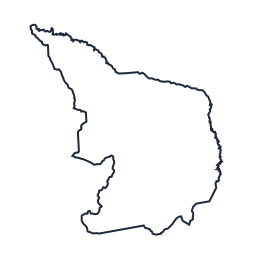 Santa Clara, Pastaza, Ecuador (Mercator projection), rotated 267°
{"feature_id": "8360857B98127475553098", "entity_name": "Santa Clara", "entity_type": "district", "adm_level": 2, "iso_a3": "ECU", "parent_name": "Ecuador", "parent_adm1": "Pastaza", "projection": "mercator", "projection_center": [-77.834, -1.262], "detail": "fine", "context": "isolated", "style": "outline", "palette": "slate", "viewbox_px": 256, "rotation_deg": 267, "n_neighbors": 0, "source": "geoboundaries", "source_scale": "gbopen_adm2", "svg_char_len": 5717}
<svg xmlns="http://www.w3.org/2000/svg" viewBox="0 0 256 256"><g transform="rotate(267 128 128)"><path d="M234.9,41.3L235.6,41.1L235.9,40.7L236.0,38.6L235.1,36.5L234.5,35.9L231.5,36.3L230.3,37.2L227.5,37.1L226.8,37.7L225.9,40.0L225.3,40.3L224.0,40.5L222.6,42.4L221.0,43.6L219.2,45.3L218.8,46.4L218.5,46.7L217.3,46.6L216.6,47.0L216.0,47.6L214.8,49.9L215.2,51.7L214.8,52.4L204.1,52.3L202.4,53.5L199.9,54.1L197.8,55.4L193.3,57.0L190.9,57.6L189.9,60.4L190.2,61.9L189.0,63.0L187.5,64.0L183.1,65.1L182.0,65.9L180.2,66.1L177.7,67.2L175.9,68.5L174.7,69.8L171.3,70.8L170.8,71.5L170.3,72.9L168.9,74.1L167.7,74.6L162.0,76.2L160.4,75.8L159.6,76.3L158.8,76.5L158.1,76.4L156.4,75.7L155.4,75.7L154.8,75.3L153.3,75.9L152.6,75.8L151.8,75.6L150.9,74.8L150.7,74.8L148.8,78.7L148.7,80.7L148.0,81.8L146.9,82.2L147.2,82.8L147.0,84.6L146.2,85.7L145.7,86.8L136.5,86.8L134.7,83.3L133.3,81.8L132.5,81.3L131.5,81.5L130.6,81.2L129.8,81.4L129.2,81.3L128.7,80.7L128.4,79.5L126.8,77.8L107.0,77.7L106.9,77.3L106.1,76.7L106.1,74.7L105.7,73.6L105.1,72.8L102.9,71.1L102.4,72.5L101.4,73.7L100.9,76.7L99.7,79.8L99.3,81.5L96.7,86.7L94.3,90.8L93.3,91.9L93.0,92.8L93.5,94.6L93.4,97.9L93.6,98.5L94.1,99.3L96.3,100.8L96.8,101.9L97.2,102.3L98.5,103.1L99.3,104.0L100.2,107.7L101.4,109.7L100.4,111.6L99.7,111.8L97.6,111.6L95.9,112.3L94.1,112.4L89.3,110.6L88.4,110.5L86.7,111.7L86.1,111.9L85.4,111.9L84.3,111.4L81.8,109.7L80.4,109.2L80.1,108.9L80.1,107.2L76.1,104.5L75.6,104.5L74.5,104.9L72.8,104.9L71.7,104.4L69.4,102.6L69.2,102.2L70.2,100.6L70.1,100.2L67.7,98.7L67.2,97.5L67.0,96.0L66.5,95.8L65.2,95.7L63.1,94.4L62.2,94.2L61.5,94.3L60.6,95.3L59.7,95.6L57.7,94.4L56.0,94.1L54.7,94.6L52.5,96.0L51.7,97.2L51.1,97.6L50.5,97.1L49.8,95.6L49.2,95.3L47.4,95.3L45.6,94.4L44.8,93.9L43.8,92.6L43.7,90.4L44.0,89.1L44.4,88.1L44.5,86.4L46.2,85.9L47.1,85.3L47.2,84.7L46.7,83.6L44.7,83.1L44.5,82.7L44.8,80.9L43.1,77.4L42.7,77.2L41.4,77.0L40.0,77.1L38.7,76.9L37.6,77.0L34.9,78.2L33.4,79.8L31.2,81.5L29.7,81.9L26.9,82.3L26.4,83.0L26.2,84.2L24.6,87.5L24.6,91.7L24.1,93.7L29.8,138.6L27.9,139.5L27.5,139.9L26.5,142.4L26.1,144.0L25.8,144.5L24.1,145.2L23.3,146.5L21.3,147.0L20.9,147.5L20.0,150.9L20.4,152.6L20.5,154.2L20.9,155.6L21.6,155.6L22.6,157.8L24.1,158.6L24.7,159.3L25.1,160.0L25.3,162.0L26.0,163.2L30.4,167.9L31.5,168.5L35.3,171.8L35.9,172.6L36.9,175.0L36.9,176.6L35.0,176.9L34.0,177.4L33.0,177.5L32.2,178.1L28.2,184.1L31.6,185.2L32.4,186.1L32.7,187.0L34.0,188.3L35.0,187.9L35.9,188.0L37.8,188.6L39.5,188.6L40.5,188.3L41.3,187.5L41.8,187.5L42.7,187.7L46.0,189.0L48.5,191.7L49.0,192.8L50.5,205.4L63.5,212.9L66.6,212.7L67.2,212.5L68.7,212.6L69.4,213.5L70.3,213.6L70.4,214.1L70.0,214.9L70.4,215.7L71.8,216.2L73.6,215.9L75.3,217.0L76.7,217.5L77.2,218.3L78.1,218.1L79.4,217.2L79.6,217.8L79.8,217.9L80.1,217.8L80.5,217.5L81.0,216.3L82.2,216.9L82.4,216.4L82.4,215.2L82.8,215.9L83.4,215.4L83.9,216.1L84.6,216.5L84.7,216.4L84.8,215.8L85.8,216.2L86.3,215.1L88.0,217.0L87.4,217.7L87.4,218.0L88.2,218.1L88.2,218.6L88.5,218.8L88.8,218.3L89.1,218.2L89.6,220.1L89.9,219.9L90.2,219.1L91.1,219.3L92.4,218.6L93.7,218.6L94.0,218.2L94.5,218.9L95.4,218.2L97.0,218.4L97.8,219.1L99.2,218.9L101.5,219.5L102.2,219.2L102.5,218.8L102.8,217.5L103.3,217.6L103.9,219.3L104.7,219.5L105.2,218.4L106.3,218.1L106.4,217.4L108.4,216.7L109.9,216.7L109.5,217.9L109.8,218.1L111.5,216.3L112.2,216.7L112.5,216.6L113.6,214.6L114.1,214.6L114.4,215.6L114.6,215.7L116.6,214.9L117.5,215.5L118.3,214.8L119.5,214.8L119.3,213.7L119.4,213.2L120.2,212.9L120.5,212.1L120.8,211.9L121.8,212.2L122.6,212.1L122.7,211.9L122.0,210.9L123.8,210.8L125.1,211.1L126.2,210.7L127.7,210.6L128.0,210.5L129.5,210.9L129.8,210.8L129.3,209.9L129.6,209.7L133.1,210.2L133.9,209.5L134.8,209.5L137.2,208.8L140.2,210.8L141.7,210.8L142.4,210.6L142.9,211.5L145.1,212.3L145.4,212.3L146.4,210.9L146.7,211.0L146.8,212.6L147.2,212.8L148.1,211.4L150.4,211.6L151.5,210.9L155.2,209.7L156.7,207.7L158.4,207.1L160.8,205.5L161.6,204.5L162.0,203.5L161.9,201.9L162.5,199.6L162.8,198.9L163.9,198.1L164.3,194.9L164.2,193.8L166.1,190.9L166.9,189.4L166.9,188.9L166.0,187.3L166.3,186.7L167.4,185.6L167.8,184.9L169.1,180.8L168.9,179.5L169.1,178.6L170.5,176.6L170.7,175.6L170.4,173.4L172.0,172.3L172.5,169.5L172.2,167.4L172.5,165.0L173.3,161.9L174.7,160.7L174.7,158.0L176.0,155.1L176.4,153.9L176.3,151.7L178.4,149.3L179.7,148.4L181.6,146.5L182.4,145.2L181.5,142.8L181.8,142.0L182.6,141.7L183.2,141.0L182.8,127.7L182.9,121.2L183.4,120.9L184.8,118.4L187.2,118.1L188.0,116.7L189.0,115.8L190.8,115.1L192.3,113.2L192.3,112.3L193.3,111.6L194.1,111.3L193.8,110.2L193.8,109.7L194.2,109.5L195.4,110.2L199.3,109.0L199.9,107.8L200.6,107.6L200.4,106.3L200.7,105.9L201.0,105.7L202.1,105.9L203.9,105.2L205.3,102.8L207.0,102.5L207.3,101.4L208.5,99.5L208.3,99.0L207.6,98.5L207.4,98.2L208.2,98.1L209.6,99.0L210.4,98.7L211.8,96.0L212.9,94.8L212.7,93.3L213.2,91.7L213.8,91.6L214.9,91.8L215.5,91.6L215.7,90.8L216.3,90.0L216.0,88.2L217.1,87.3L217.7,86.1L217.3,85.5L216.0,84.9L216.0,84.7L217.7,83.8L218.0,83.3L218.1,82.2L218.9,81.1L218.7,78.4L217.8,78.2L217.6,77.8L218.7,77.7L218.5,76.6L218.8,76.1L220.0,76.6L221.2,75.5L222.3,75.4L223.8,73.0L225.6,71.4L225.7,70.8L224.2,70.4L223.9,70.1L224.3,68.8L225.3,68.1L225.2,67.9L224.4,67.8L225.2,67.1L225.1,66.7L224.5,66.6L224.5,66.4L226.2,65.9L226.3,65.6L225.9,65.1L225.0,64.7L224.8,64.5L225.4,62.9L224.9,61.9L224.9,61.6L225.7,61.2L225.1,59.6L225.3,57.7L225.5,57.5L225.8,57.5L226.7,58.2L227.9,58.0L230.2,58.1L231.1,57.8L231.8,57.1L231.7,56.9L229.7,56.4L228.2,55.5L228.1,55.1L228.1,54.5L229.2,52.5L229.2,52.1L228.7,51.3L228.8,50.1L229.2,49.7L230.5,49.2L230.7,48.6L230.2,46.7L230.3,45.5L229.6,44.3L230.1,43.8L231.0,44.4L231.6,44.2L231.7,42.3L231.9,41.8L232.3,41.7L233.2,42.0L233.8,42.0L234.9,41.3Z" fill="none" stroke="#1e293b" stroke-width="2"/></g></svg>